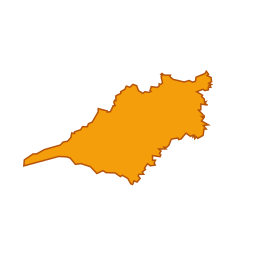 the district of Phuthiatsana, Berea, Lesotho, rotated 126°
{"feature_id": "5366337B52577174059761", "entity_name": "Phuthiatsana", "entity_type": "district", "adm_level": 2, "iso_a3": "LSO", "parent_name": "Lesotho", "parent_adm1": "Berea", "projection": "albers", "projection_center": [27.866, -29.128], "detail": "medium", "context": "isolated", "style": "filled", "palette": "amber", "viewbox_px": 256, "rotation_deg": 126, "n_neighbors": 0, "source": "geoboundaries", "source_scale": "gbopen_adm2", "svg_char_len": 1809}
<svg xmlns="http://www.w3.org/2000/svg" viewBox="0 0 256 256"><g transform="rotate(126 128 128)"><path d="M219.9,190.0L191.8,167.4L187.4,160.7L186.3,157.0L188.3,149.2L184.5,145.2L181.4,135.7L183.1,126.4L177.2,123.2L177.0,119.5L171.9,112.0L171.8,105.6L169.6,104.8L168.9,98.5L171.5,93.0L171.0,91.1L167.2,92.0L166.4,88.9L161.6,88.6L160.9,91.4L159.2,92.1L156.2,88.1L155.2,90.6L151.3,89.5L150.7,91.1L145.4,91.2L145.5,87.8L142.0,84.2L140.6,86.5L137.9,86.8L139.6,89.2L135.9,92.0L132.4,85.2L130.5,85.6L130.1,87.6L127.3,87.7L126.9,90.8L122.7,85.1L122.3,87.5L121.0,85.4L117.9,84.8L111.6,86.4L106.7,81.8L107.6,80.2L105.7,78.6L98.1,78.1L98.0,72.5L95.7,71.3L97.1,70.1L94.9,69.7L97.3,67.7L94.9,67.5L95.4,65.5L89.9,62.9L84.2,65.9L82.9,64.1L81.7,68.6L78.2,64.8L79.1,72.7L75.9,72.6L75.5,75.1L74.4,72.7L73.5,73.3L72.1,81.5L70.5,79.8L65.8,83.1L62.7,77.1L62.9,80.3L60.9,80.4L62.2,81.3L59.7,83.4L59.4,86.7L57.7,86.9L58.3,93.8L52.6,90.1L52.6,87.9L49.9,85.4L47.8,87.0L46.4,84.9L45.2,86.7L46.4,88.0L43.8,86.1L44.3,89.0L41.4,87.6L38.3,90.5L39.1,94.9L37.2,94.4L36.1,98.0L38.6,97.7L46.9,102.8L50.5,100.9L53.0,102.7L53.6,106.4L57.8,109.6L62.1,120.0L61.9,124.1L60.3,124.7L63.9,129.7L63.9,132.6L65.5,132.9L65.5,131.3L67.1,131.3L71.2,126.6L73.7,127.2L73.9,128.7L76.1,127.4L78.2,128.5L80.8,133.5L84.7,132.2L84.7,130.9L86.9,132.0L88.7,135.6L91.3,136.4L91.6,141.5L88.7,145.8L89.8,149.6L93.9,150.4L95.1,154.0L98.5,153.3L103.0,155.3L104.1,154.1L109.1,156.7L113.1,153.8L113.5,155.1L115.5,154.6L117.6,151.6L118.7,153.1L125.1,151.8L127.3,154.1L126.4,154.8L129.8,163.5L132.5,161.6L144.1,160.4L147.9,162.5L150.9,161.7L153.7,165.6L157.2,165.3L162.6,169.0L163.9,168.0L165.1,170.6L169.3,168.6L174.2,169.1L177.6,172.3L181.5,172.7L194.7,183.0L202.8,186.8L204.8,189.6L214.8,193.1L219.9,190.0Z" fill="#f59e0b" stroke="#b45309" stroke-width="1.5"/></g></svg>